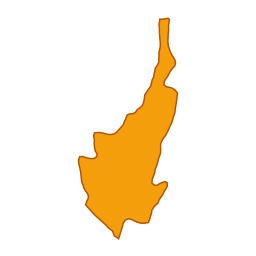 IV-2 Buxton/Mahaica, Demerara-Mahaica, Guyana (orthographic projection), rotated 182°
{"feature_id": "73187651B35939089598366", "entity_name": "IV-2 Buxton/Mahaica", "entity_type": "district", "adm_level": 2, "iso_a3": "GUY", "parent_name": "Guyana", "parent_adm1": "Demerara-Mahaica", "projection": "orthographic", "projection_center": [-58.08, 6.451], "detail": "fine", "context": "isolated", "style": "filled", "palette": "amber", "viewbox_px": 256, "rotation_deg": 182, "n_neighbors": 0, "source": "geoboundaries", "source_scale": "gbopen_adm2", "svg_char_len": 2111}
<svg xmlns="http://www.w3.org/2000/svg" viewBox="0 0 256 256"><g transform="rotate(182 128 128)"><path d="M100.1,237.8L100.2,235.1L100.6,232.4L100.1,228.8L100.0,225.0L99.6,221.5L99.1,217.5L98.7,214.1L98.6,210.6L99.1,207.3L99.8,204.3L99.5,201.2L99.6,197.9L99.5,194.8L101.2,191.3L102.8,188.6L103.3,185.6L103.7,183.0L104.2,179.6L105.5,177.0L106.2,173.7L106.7,170.7L109.1,167.1L110.8,164.3L112.4,161.6L112.7,157.6L113.4,153.6L114.4,151.1L117.0,148.5L119.5,146.7L121.0,144.0L123.3,142.6L126.3,142.3L129.3,141.0L130.4,137.5L131.7,134.7L132.6,131.6L134.6,129.0L137.3,125.7L139.2,123.4L141.7,121.7L145.2,120.8L148.4,121.0L152.2,121.9L155.5,122.5L158.6,122.4L161.4,121.9L162.1,118.5L161.2,115.2L161.3,111.9L160.9,108.8L160.5,106.1L159.8,103.6L157.9,100.9L158.3,98.2L161.6,96.1L165.9,96.3L169.9,97.2L172.6,98.0L175.3,97.6L176.3,94.3L176.1,91.2L175.4,88.6L174.5,85.5L173.8,82.4L173.3,79.0L172.8,75.4L172.2,72.2L171.0,69.8L170.2,66.9L168.4,63.8L166.4,61.4L165.3,59.0L165.3,56.2L166.7,53.3L167.6,49.6L167.2,49.2L158.2,39.9L147.1,30.6L143.6,27.1L139.8,24.5L137.9,19.6L133.9,17.5L133.5,17.0L130.1,29.3L129.7,32.1L127.5,35.9L124.2,37.3L121.5,36.8L118.7,35.6L115.3,34.2L112.2,33.4L108.6,33.4L104.4,34.2L103.3,36.8L102.8,39.7L101.5,43.4L101.4,46.3L99.6,49.7L97.7,51.9L95.5,54.0L94.3,57.4L92.5,60.4L90.8,62.9L89.5,65.9L88.1,68.2L86.7,71.4L86.9,74.5L89.2,75.8L91.6,74.8L94.2,73.7L96.9,71.8L99.9,71.8L102.1,73.9L102.0,77.6L101.0,80.6L99.8,83.9L99.4,87.9L97.9,91.7L96.9,95.6L96.4,98.4L95.3,101.7L94.6,104.5L94.6,108.1L94.9,110.7L94.7,113.7L93.6,116.6L92.1,119.4L90.3,121.6L88.9,124.5L87.4,127.8L86.0,131.5L84.6,134.6L83.6,138.3L82.8,141.5L81.8,144.4L81.5,147.7L81.2,151.1L80.6,154.8L80.4,157.7L80.2,161.0L79.7,164.6L81.9,167.2L84.8,169.2L87.6,170.0L90.7,170.4L93.5,172.4L93.5,175.1L92.5,177.6L90.6,180.2L89.3,182.9L87.6,186.3L85.5,189.3L83.5,191.6L82.8,194.4L83.4,197.4L85.4,200.6L87.0,202.9L88.2,205.3L89.4,208.1L90.6,211.6L91.2,215.9L91.1,220.0L91.1,223.6L90.8,227.1L91.0,229.8L91.0,232.7L90.7,235.4L90.5,237.1L90.4,238.1L91.7,239.0L94.3,238.6L97.0,237.9L100.1,237.8Z" fill="#f59e0b" stroke="#b45309" stroke-width="1.5"/></g></svg>